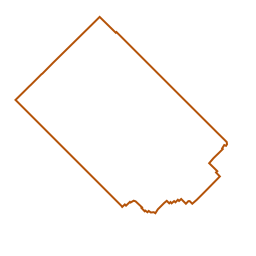 the district of Millard, Utah, United States of America, rotated 45°
{"feature_id": "52423323B41419597560614", "entity_name": "Millard", "entity_type": "district", "adm_level": 2, "iso_a3": "USA", "parent_name": "United States of America", "parent_adm1": "Utah", "projection": "natural_earth1", "projection_center": [-112.604, 39.063], "detail": "fine", "context": "isolated", "style": "outline", "palette": "amber", "viewbox_px": 256, "rotation_deg": 45, "n_neighbors": 0, "source": "geoboundaries", "source_scale": "gbopen_adm2", "svg_char_len": 925}
<svg xmlns="http://www.w3.org/2000/svg" viewBox="0 0 256 256"><g transform="rotate(45 128 128)"><path d="M227.4,130.1L227.4,119.5L227.2,97.3L221.7,97.2L221.7,95.4L210.3,95.5L209.8,89.1L209.8,87.0L209.9,81.4L209.9,78.6L209.9,75.9L209.0,75.9L208.1,72.0L209.9,71.3L209.5,69.5L207.7,68.1L194.2,68.2L141.8,68.3L52.0,68.3L52.0,69.3L29.4,69.5L29.4,74.7L28.9,134.9L29.0,150.4L28.9,150.7L28.8,150.9L28.8,166.1L28.7,168.6L28.7,174.9L28.6,187.7L112.5,187.7L126.6,187.7L169.9,187.7L178.6,187.7L179.7,187.9L179.8,184.3L181.5,184.3L181.6,178.9L182.5,178.9L183.4,175.4L185.2,174.5L194.1,174.2L194.1,175.0L198.6,175.1L198.6,174.2L201.3,173.8L201.3,172.0L203.9,171.6L205.8,169.3L207.6,168.9L206.6,164.4L206.6,155.4L206.9,152.1L210.4,152.1L210.4,150.3L212.1,150.4L212.3,147.1L214.1,147.0L214.0,143.5L215.7,143.5L215.8,140.6L222.5,140.6L222.4,137.0L223.3,136.1L227.0,136.1L227.4,130.1Z" fill="none" stroke="#b45309" stroke-width="2"/></g></svg>